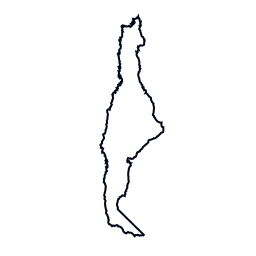 Santa Rita do Araguaia, Goiás, Brazil, rotated 351°
{"feature_id": "56859067B2197394896359", "entity_name": "Santa Rita do Araguaia", "entity_type": "district", "adm_level": 2, "iso_a3": "BRA", "parent_name": "Brazil", "parent_adm1": "Goiás", "projection": "equal_earth", "projection_center": [-53.069, -17.251], "detail": "fine", "context": "isolated", "style": "outline", "palette": "ink", "viewbox_px": 256, "rotation_deg": 351, "n_neighbors": 0, "source": "geoboundaries", "source_scale": "gbopen_adm2", "svg_char_len": 5875}
<svg xmlns="http://www.w3.org/2000/svg" viewBox="0 0 256 256"><g transform="rotate(351 128 128)"><path d="M129.4,66.8L129.9,67.6L128.6,68.7L128.9,69.7L128.7,70.5L128.1,70.8L127.5,70.6L127.8,72.7L127.2,73.4L126.8,74.9L126.8,75.7L128.1,74.7L128.7,74.8L128.9,76.0L127.9,76.2L127.8,77.0L127.9,77.8L128.8,77.6L129.4,78.0L129.8,78.6L129.7,79.4L129.4,80.1L129.5,81.0L128.7,81.2L128.9,82.2L128.5,82.8L127.8,82.0L127.5,82.7L126.7,82.7L126.9,84.5L126.2,84.3L125.7,83.5L125.0,83.8L125.1,85.3L124.1,85.8L124.2,87.1L123.2,86.9L123.6,88.1L123.4,88.8L122.6,88.4L121.9,89.1L121.0,89.4L121.5,90.6L121.0,91.3L120.4,90.8L119.8,90.7L119.1,90.8L118.6,91.8L117.8,92.4L118.3,93.1L117.8,93.7L117.9,94.7L118.1,95.7L117.5,96.7L117.4,97.6L116.6,98.3L116.5,99.3L116.0,100.0L115.4,100.4L115.2,101.4L115.7,102.4L115.2,103.1L114.7,103.5L114.4,104.4L113.6,104.7L113.2,105.2L113.2,106.0L112.8,107.1L112.1,106.6L111.4,106.5L110.2,107.2L110.0,108.6L110.0,109.8L110.3,111.1L110.2,112.1L109.6,113.4L108.9,116.4L108.4,117.1L108.1,117.9L108.2,119.9L107.4,120.4L107.2,121.2L107.2,123.2L106.4,125.4L105.7,126.0L105.4,127.6L104.4,129.8L103.7,130.1L103.2,130.0L102.4,130.5L102.8,133.7L102.6,134.6L100.8,136.7L100.2,137.1L100.0,139.0L99.4,139.6L98.7,139.8L98.1,140.4L98.5,142.0L98.2,143.0L98.9,142.9L99.6,143.8L99.0,143.8L99.4,144.5L100.0,144.6L98.6,147.5L98.7,148.3L99.4,148.0L100.5,149.1L101.1,151.4L100.7,151.9L101.2,152.2L101.4,154.3L101.2,156.4L100.7,156.8L101.3,157.3L102.2,156.8L102.4,158.1L100.9,158.6L100.5,159.4L101.5,159.6L102.0,161.7L101.6,162.6L101.7,163.4L101.1,163.8L100.7,162.7L100.1,163.1L100.3,164.1L100.1,165.1L100.2,166.4L100.5,167.3L99.7,167.8L99.0,168.0L98.8,169.7L98.1,170.3L97.6,171.0L97.0,173.8L96.2,174.3L96.1,176.3L95.6,177.9L96.4,178.8L97.0,182.4L96.5,183.3L96.1,185.6L95.6,186.6L95.3,187.6L94.9,188.4L94.1,190.3L93.9,191.1L94.3,191.8L94.5,192.7L94.0,193.2L93.6,194.3L94.2,195.7L94.4,196.7L93.6,198.2L93.3,199.5L93.5,201.2L93.3,202.3L93.4,203.4L93.4,204.5L93.5,205.3L93.9,205.9L93.8,206.7L93.2,207.4L93.0,209.0L94.1,210.9L94.0,211.8L94.6,213.3L94.2,214.1L94.7,215.8L94.1,216.6L94.0,217.5L93.7,218.1L93.9,219.3L94.5,220.2L95.3,220.4L96.0,221.1L96.8,222.5L97.5,222.0L98.5,222.1L99.3,222.8L100.2,222.4L102.0,222.2L102.5,222.5L102.9,223.7L103.6,223.9L104.4,223.9L105.9,225.4L107.0,227.5L107.3,229.5L108.4,230.9L109.2,231.3L109.7,231.8L111.7,230.7L112.9,231.7L113.8,231.7L114.7,231.9L115.5,232.6L117.1,234.8L117.7,235.9L118.8,234.9L120.4,235.3L121.1,235.0L121.7,235.3L122.3,236.1L123.0,236.0L123.7,236.2L125.2,236.1L126.3,236.5L126.9,236.0L105.2,206.7L105.5,205.1L105.4,203.9L105.0,202.5L105.2,201.3L105.7,200.6L105.9,199.8L107.2,196.7L108.2,196.5L109.0,195.0L111.0,194.5L111.7,193.7L113.3,194.1L114.1,194.7L114.3,193.7L115.2,192.6L115.0,191.6L115.3,190.9L115.7,190.2L116.3,190.0L116.4,189.2L118.1,186.6L118.2,184.7L118.7,184.1L119.0,183.0L119.9,182.2L120.4,181.0L120.3,179.5L120.5,178.3L120.5,177.5L120.8,176.3L120.8,174.5L121.6,170.8L122.1,170.2L122.5,168.1L123.0,167.5L123.5,166.6L124.2,166.2L124.8,165.6L124.9,164.8L124.8,163.6L125.4,163.2L124.4,162.8L124.0,161.0L123.4,160.8L123.0,161.8L122.2,161.7L122.1,160.3L122.7,158.8L123.3,157.7L125.3,158.7L125.9,158.4L126.5,159.1L128.1,159.1L128.8,158.7L129.7,157.7L130.4,157.8L131.0,157.5L131.6,157.1L133.2,153.6L133.7,153.4L134.7,153.4L135.3,152.8L136.1,152.8L136.6,151.8L138.9,150.5L139.7,149.1L141.2,148.4L142.5,147.4L143.2,147.2L143.9,146.5L144.6,146.4L145.9,145.2L146.1,144.0L147.0,143.1L147.8,143.2L148.9,143.1L151.3,142.6L151.9,142.1L152.8,142.4L153.6,142.2L154.1,141.8L155.0,141.6L155.6,140.7L156.5,140.6L160.0,138.0L162.0,137.5L162.6,135.8L163.0,132.7L162.0,132.4L161.5,131.4L161.5,129.4L162.0,127.9L161.2,127.9L159.1,126.9L158.4,126.3L157.3,125.0L156.5,123.3L156.2,121.9L155.6,121.3L155.6,120.2L155.0,119.8L154.6,118.8L155.6,117.0L156.4,114.0L156.6,112.8L157.0,112.1L156.8,110.8L156.7,108.5L157.0,107.9L155.9,106.3L155.6,105.4L155.5,104.5L155.1,103.7L155.4,102.1L154.9,101.1L154.2,100.8L153.1,99.0L152.6,97.8L151.4,96.3L150.7,96.3L151.4,95.3L151.5,94.2L151.2,93.3L149.8,93.2L149.7,90.6L149.0,91.0L148.5,90.1L148.8,89.2L148.9,87.9L148.1,87.2L148.1,86.1L147.7,85.2L147.2,84.9L146.8,83.6L146.9,82.8L146.7,81.9L147.0,80.7L146.6,79.9L146.4,78.9L146.4,76.5L147.1,75.6L147.2,74.5L148.1,74.2L148.8,72.1L149.5,71.4L149.0,70.7L148.8,69.8L149.7,68.8L148.9,67.4L149.3,65.9L149.6,64.1L149.2,60.6L148.7,59.9L147.9,57.7L148.0,56.7L148.3,56.1L148.2,54.9L148.6,55.4L149.4,54.8L149.4,53.5L150.2,52.6L150.8,52.8L150.5,51.8L150.6,51.0L150.2,50.1L150.8,48.9L151.4,49.4L152.0,49.1L153.0,48.2L155.0,48.9L156.7,48.4L157.1,47.5L157.4,45.6L158.1,44.6L157.6,43.6L158.1,43.1L157.4,42.0L157.3,41.0L156.9,40.3L155.9,39.6L155.7,38.8L155.8,37.7L155.3,35.3L155.3,33.4L154.7,32.7L154.6,31.9L155.1,30.9L155.6,30.2L155.7,29.4L155.4,28.7L156.1,28.4L156.7,28.6L156.7,27.6L156.4,26.7L156.9,26.2L157.2,25.1L156.6,25.3L156.3,23.2L156.5,22.4L156.2,21.3L155.5,20.6L155.5,19.5L155.0,20.2L154.3,20.3L154.5,21.1L152.9,21.1L151.7,21.5L150.1,20.9L149.8,21.6L150.5,22.3L150.7,23.3L151.0,24.0L151.1,24.8L150.6,25.6L150.0,25.9L150.2,25.1L150.2,24.3L149.3,23.7L148.6,24.1L149.3,25.6L149.0,26.4L147.3,25.8L147.7,27.7L146.4,28.5L145.7,28.2L145.1,27.2L144.0,27.6L142.9,27.7L142.1,27.1L141.1,27.2L140.3,26.4L139.8,27.0L139.3,27.3L139.1,26.5L138.7,25.8L138.1,26.0L137.5,26.5L137.9,29.1L137.9,30.2L137.3,30.6L137.5,31.5L138.0,32.2L137.3,32.4L137.1,33.2L136.7,35.4L136.7,36.4L136.3,37.0L135.9,37.5L134.5,37.5L134.8,38.6L134.7,39.4L134.2,38.9L133.0,39.8L133.3,40.9L133.8,41.7L133.8,42.5L133.0,44.5L133.9,44.9L133.4,46.9L133.5,47.8L132.7,48.6L131.9,49.0L131.4,49.8L131.7,51.0L131.5,52.7L131.1,53.7L130.5,54.1L130.4,53.2L130.1,52.6L129.6,53.2L129.9,54.5L129.9,55.6L130.0,56.6L130.1,57.7L129.9,58.8L130.0,60.0L130.4,61.0L129.7,61.9L129.9,63.1L130.4,63.6L129.6,65.1L129.9,66.0L129.4,66.8ZM129.4,66.8L129.0,66.0L128.2,66.1L128.4,67.0L129.4,66.8Z" fill="none" stroke="#020617" stroke-width="2"/></g></svg>